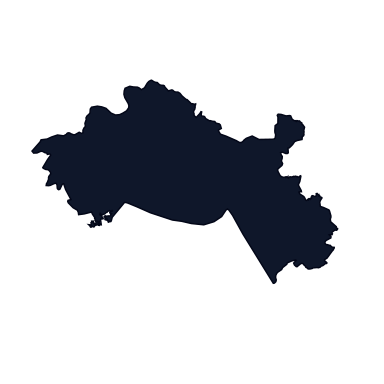 Pweto, Katanga, Democratic Republic of the Congo, rotated 65°
{"feature_id": "63176286B50481715267247", "entity_name": "Pweto", "entity_type": "district", "adm_level": 2, "iso_a3": "COD", "parent_name": "Democratic Republic of the Congo", "parent_adm1": "Katanga", "projection": "orthographic", "projection_center": [28.595, -8.698], "detail": "fine", "context": "isolated", "style": "filled", "palette": "ink", "viewbox_px": 384, "rotation_deg": 65, "n_neighbors": 0, "source": "geoboundaries", "source_scale": "gbopen_adm2", "svg_char_len": 5932}
<svg xmlns="http://www.w3.org/2000/svg" viewBox="0 0 384 384"><g transform="rotate(65 192 192)"><path d="M184.5,278.2L184.1,277.4L181.2,275.0L172.9,257.5L174.4,255.3L182.2,248.1L193.2,238.5L209.1,221.6L214.2,213.7L220.3,205.9L226.7,195.2L228.2,184.6L226.8,175.5L222.7,168.8L222.4,167.1L223.9,166.2L230.3,165.1L251.8,163.6L309.1,156.9L309.4,155.8L308.7,153.9L307.3,152.8L304.9,152.4L303.1,151.4L301.6,149.7L300.9,148.1L300.2,143.6L298.8,141.8L297.6,136.7L296.5,135.6L296.6,130.7L297.4,126.7L298.0,126.5L299.4,129.9L301.4,130.0L303.6,129.1L304.1,128.4L302.9,123.8L303.1,122.5L304.1,121.5L305.3,121.4L307.1,120.6L308.4,120.6L309.6,119.7L310.8,119.3L311.6,117.7L312.1,115.3L311.9,114.4L313.3,110.6L314.1,109.4L314.3,107.7L313.7,106.0L314.0,104.7L313.4,101.8L312.9,101.1L313.6,100.5L313.6,100.1L313.3,99.7L312.4,99.9L310.4,100.9L309.3,100.3L309.0,97.6L304.8,90.0L304.1,88.3L303.4,87.7L303.0,86.9L302.3,86.5L301.5,87.9L300.9,88.5L298.6,89.4L298.3,90.2L297.1,91.3L296.4,92.6L294.7,93.2L293.5,92.6L292.6,91.1L292.3,85.6L291.2,84.9L288.8,85.8L288.9,85.0L289.9,83.3L289.3,82.4L288.2,82.6L287.5,81.7L286.9,78.6L287.8,77.0L287.0,75.6L286.6,75.5L285.9,76.2L285.2,76.4L284.4,75.9L277.5,78.9L275.0,78.1L273.6,76.8L272.3,76.2L267.3,75.4L266.1,75.5L261.6,79.4L259.3,81.8L255.1,80.5L253.9,79.2L252.3,76.7L251.7,76.8L250.6,77.9L249.4,77.9L249.3,78.7L247.9,78.1L247.7,78.9L246.2,79.2L246.0,80.1L247.3,80.6L248.2,81.6L247.7,83.0L246.4,84.0L246.1,84.8L246.7,85.2L246.9,85.9L247.8,86.0L247.7,86.6L248.3,86.7L248.2,87.4L248.6,87.8L247.6,88.4L247.4,88.9L247.5,89.4L247.9,89.2L248.2,89.6L247.7,89.7L247.7,90.3L248.0,90.4L248.1,91.8L247.6,92.3L244.2,92.4L243.0,92.8L239.4,95.1L237.6,95.2L237.1,94.8L238.0,92.7L236.7,92.4L231.6,92.7L230.2,92.4L228.1,89.9L223.9,86.8L223.2,86.7L223.1,87.4L223.7,88.2L223.2,89.6L222.4,90.2L222.3,90.9L221.6,91.2L221.3,91.9L221.5,92.6L220.8,93.1L220.6,95.2L219.6,96.8L219.8,97.7L219.5,98.2L220.2,98.6L219.2,99.1L218.8,98.9L219.2,99.7L218.7,100.0L218.5,99.7L218.2,99.9L217.9,100.5L218.3,101.0L217.9,101.2L217.3,103.0L215.9,104.4L214.4,105.2L209.7,105.4L208.3,105.1L207.4,104.4L205.9,99.2L204.6,97.9L202.1,97.9L201.4,97.7L199.5,96.0L197.8,95.1L196.4,95.5L193.7,95.1L194.0,93.3L196.8,90.7L197.4,89.4L197.2,88.2L192.8,86.5L193.1,85.2L192.3,82.8L191.5,80.7L189.7,77.7L189.8,74.9L190.9,70.1L188.5,68.7L188.2,67.2L187.4,66.3L186.5,66.1L184.7,65.0L183.5,64.7L180.8,62.6L177.7,63.2L177.4,63.7L175.8,63.3L174.3,64.3L173.4,64.4L172.8,64.8L172.7,65.6L171.7,66.6L171.6,66.9L172.2,67.7L171.9,68.0L171.1,68.1L170.4,69.4L168.1,70.5L164.7,70.4L164.0,71.2L162.8,74.6L159.3,78.5L157.9,81.0L158.5,82.3L160.6,82.5L166.2,85.2L167.0,88.6L171.6,91.1L173.2,91.7L175.5,92.0L178.2,93.8L178.7,95.0L178.2,96.8L172.7,109.1L166.7,113.8L166.3,120.1L166.9,122.8L167.7,124.4L168.0,126.5L167.0,128.2L164.2,130.1L155.8,137.5L151.6,141.8L148.0,142.2L147.0,141.8L146.8,138.6L143.2,138.0L141.7,138.6L139.8,141.1L137.7,141.6L136.4,143.8L135.2,145.1L134.8,146.1L131.2,148.6L129.3,148.7L128.4,149.2L127.2,151.3L125.6,150.9L123.5,149.4L123.0,149.9L124.3,151.9L126.2,156.7L124.0,157.6L123.0,157.7L122.2,157.1L120.7,157.0L119.2,156.2L118.1,154.5L116.3,153.2L115.1,152.8L114.5,151.9L113.7,151.5L113.6,152.5L112.1,154.4L112.0,155.2L106.2,157.4L105.5,158.3L100.8,160.4L97.5,161.2L95.5,162.5L94.7,164.3L93.6,165.6L91.5,166.5L90.9,167.3L90.4,170.7L85.5,172.2L84.1,172.2L83.3,172.8L82.3,174.7L81.1,176.1L78.1,177.2L77.2,178.7L76.1,179.8L73.6,181.4L73.4,182.3L73.6,184.5L74.5,186.6L77.5,191.0L77.9,194.6L75.2,196.0L73.9,197.2L72.0,200.8L69.9,203.7L69.7,208.8L71.7,210.7L74.7,212.4L78.1,213.0L84.9,212.4L87.1,212.7L88.9,213.8L90.8,217.0L91.3,221.4L91.3,224.9L89.9,228.8L86.3,232.0L79.8,234.6L76.7,237.8L74.2,241.5L72.7,247.2L73.8,249.1L77.2,251.0L77.9,252.3L78.8,255.2L80.1,256.8L81.5,257.1L84.5,260.0L87.5,260.9L88.3,262.8L89.9,264.7L92.3,265.8L92.1,267.5L90.2,269.0L90.6,273.7L90.2,275.0L88.1,277.1L86.8,277.9L86.0,279.3L86.1,280.6L86.7,281.5L86.8,284.7L83.5,289.8L82.8,296.1L82.8,300.9L80.9,306.7L82.4,308.5L87.3,319.7L89.8,319.1L91.1,316.0L91.2,311.7L92.1,310.2L94.2,308.7L95.2,307.4L95.7,307.1L96.8,307.2L97.3,305.0L98.0,304.5L98.9,304.5L101.5,309.1L106.8,316.9L107.6,316.8L109.6,315.2L111.2,312.8L113.9,311.9L115.9,312.4L117.3,315.1L118.4,316.0L119.8,316.6L122.2,319.1L122.9,320.3L124.5,321.4L125.7,319.2L126.1,317.5L126.1,313.5L126.5,311.7L127.0,311.4L128.5,311.3L131.6,312.5L132.5,312.5L133.6,311.8L133.6,310.5L130.3,306.5L130.0,305.4L130.3,304.8L136.4,305.5L147.7,304.9L147.2,307.9L148.0,308.6L149.5,308.7L156.0,306.4L160.0,303.6L162.3,303.6L164.6,304.3L166.3,298.9L167.7,291.5L169.9,291.6L174.3,290.9L174.7,291.4L176.4,291.4L179.7,292.0L180.0,292.7L179.7,293.3L180.2,293.3L179.8,294.2L178.7,294.0L178.7,294.4L178.4,294.5L177.5,294.0L176.9,294.4L176.7,293.8L176.0,295.3L176.9,295.7L177.2,296.6L178.3,296.7L178.9,297.1L178.9,297.8L179.2,298.1L178.6,298.4L178.0,299.4L179.2,298.9L180.7,298.8L181.2,298.5L181.2,297.8L180.4,297.0L181.5,296.5L182.2,295.7L182.0,295.0L181.1,294.3L181.6,293.2L181.4,292.2L182.0,290.9L181.5,290.4L178.5,290.1L179.2,289.4L180.9,289.2L181.8,289.4L182.6,290.0L181.1,289.4L180.2,289.6L181.5,289.6L182.7,290.7L183.2,289.9L182.6,289.0L183.3,288.1L181.4,287.5L181.9,288.1L180.5,288.8L179.3,288.9L179.7,287.4L178.0,286.2L178.7,284.0L178.2,283.5L177.3,283.8L177.0,284.2L175.8,283.9L174.8,284.7L173.5,285.1L172.5,284.2L172.9,283.9L174.3,283.7L174.9,283.3L174.6,283.0L175.0,280.3L174.3,278.7L174.5,277.7L174.0,276.8L173.9,275.1L174.0,274.6L175.0,273.9L175.0,272.2L175.4,272.0L175.7,272.3L175.4,274.3L175.6,275.1L176.3,275.3L177.5,274.3L177.5,275.6L177.7,275.1L178.4,275.0L179.1,277.3L179.0,277.8L178.2,278.0L178.0,279.8L177.3,280.1L176.9,280.8L177.0,281.8L177.7,281.6L177.5,280.9L178.0,280.9L178.4,281.8L178.9,281.9L179.4,281.5L179.8,282.4L180.4,282.4L181.5,281.1L180.2,281.0L179.8,280.8L179.9,280.4L182.0,280.3L182.6,280.6L183.2,280.2L184.0,280.5L184.1,280.0L183.4,279.8L183.5,279.1L184.5,278.2Z" fill="#0f172a" stroke="#020617" stroke-width="1.5"/></g></svg>